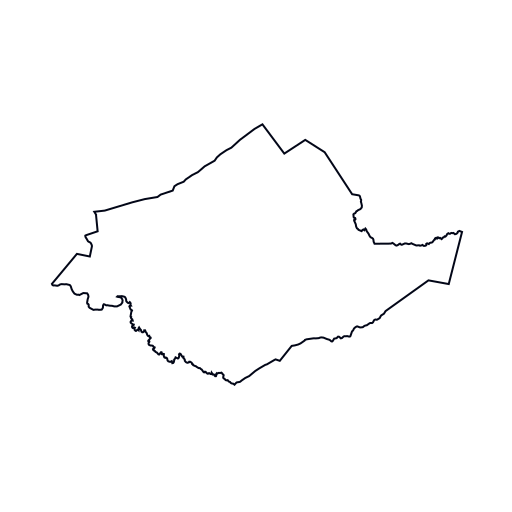 outline of District Autonome D'Abidjan, Lagunes, Ivory Coast, rotated 153°
{"feature_id": "98640826B76853064397847", "entity_name": "District Autonome D'Abidjan", "entity_type": "district", "adm_level": 2, "iso_a3": "CIV", "parent_name": "Ivory Coast", "parent_adm1": "Lagunes", "projection": "robinson", "projection_center": [-4.007, 5.412], "detail": "fine", "context": "isolated", "style": "outline", "palette": "ink", "viewbox_px": 512, "rotation_deg": 153, "n_neighbors": 0, "source": "geoboundaries", "source_scale": "gbopen_adm2", "svg_char_len": 6123}
<svg xmlns="http://www.w3.org/2000/svg" viewBox="0 0 512 512"><g transform="rotate(153 256 256)"><path d="M61.5,183.9L63.4,186.0L65.1,186.0L65.7,185.3L66.7,184.9L67.9,184.8L68.9,185.1L69.6,186.9L70.5,187.1L71.1,187.7L71.9,187.9L72.8,187.7L73.8,188.1L74.3,189.0L75.9,188.7L76.8,187.9L78.4,187.3L79.0,187.9L80.3,187.4L81.3,187.6L82.2,187.0L83.0,186.8L83.7,188.5L84.6,188.6L84.9,189.5L85.4,190.0L86.1,189.5L86.8,189.3L87.1,190.4L87.9,190.5L88.7,190.3L89.1,189.5L89.9,189.5L92.6,188.2L93.4,188.2L94.3,188.6L95.4,188.7L96.6,188.2L97.8,189.6L98.8,189.5L99.3,188.4L100.0,188.2L101.0,188.4L102.1,189.0L102.6,190.3L103.6,190.3L105.2,190.7L105.8,191.5L108.4,192.6L111.2,195.9L111.7,196.8L113.7,197.0L114.6,197.3L116.4,198.9L117.6,199.6L121.0,199.8L121.6,200.4L122.0,201.6L122.9,201.7L123.8,201.4L125.9,201.4L126.7,202.1L127.9,204.8L128.6,205.8L129.5,205.7L130.6,206.0L144.8,213.1L144.7,215.3L144.0,217.2L143.9,218.3L144.4,219.4L145.4,220.7L145.6,221.8L145.7,222.6L145.6,224.8L146.1,227.9L145.8,229.6L146.1,230.8L147.8,229.8L148.3,230.9L149.5,230.8L150.6,230.2L152.8,232.8L152.9,233.8L153.5,234.8L153.4,236.8L152.7,239.0L152.5,243.0L152.1,243.6L151.3,243.3L150.6,243.7L150.4,244.8L151.4,245.8L151.2,246.7L150.3,248.9L149.4,249.2L148.1,249.1L146.2,250.3L145.3,250.2L144.4,250.5L141.7,250.4L139.8,251.2L138.8,252.7L138.1,255.5L137.9,256.8L137.3,257.4L136.8,258.4L136.9,259.5L136.3,262.0L136.5,262.9L137.2,263.6L142.3,267.4L147.7,317.3L159.4,337.1L184.3,334.4L190.5,370.4L199.6,369.9L217.5,366.8L228.8,363.7L234.2,363.7L241.6,362.8L246.1,361.6L249.6,359.7L261.0,359.2L269.6,357.1L276.2,357.1L283.8,356.1L286.7,355.0L293.3,355.6L297.0,355.2L300.5,352.1L313.1,354.0L317.0,353.3L329.3,357.2L341.9,360.0L370.1,365.1L380.0,368.8L379.7,364.8L379.9,365.2L385.9,349.9L397.4,351.6L398.7,351.7L399.0,351.5L399.3,350.0L399.1,348.2L399.0,345.5L398.7,344.8L397.7,343.5L397.4,342.8L397.3,342.0L397.4,340.1L397.8,339.1L404.3,331.0L414.6,339.2L450.5,323.8L450.5,322.5L450.0,321.8L448.7,321.2L446.6,319.7L445.2,319.4L443.4,319.6L442.0,319.2L439.3,317.6L437.8,317.0L435.1,314.7L434.8,313.1L435.3,310.1L435.3,307.7L435.0,305.8L434.8,304.8L433.2,302.8L431.7,302.1L431.1,301.4L426.7,301.4L423.4,299.4L423.2,297.8L423.6,296.1L424.0,295.5L425.6,293.9L427.4,291.5L427.8,290.8L427.9,290.0L427.3,289.4L427.2,288.6L428.1,286.8L427.8,285.4L425.3,281.8L423.5,281.2L421.2,280.0L420.5,279.4L418.3,278.4L417.7,278.3L415.9,279.4L414.7,281.4L413.6,282.1L413.0,281.7L411.9,280.1L411.4,279.8L410.9,279.7L408.7,278.0L406.9,277.0L405.1,275.4L402.8,274.2L398.5,274.1L397.9,274.4L396.2,275.2L396.1,275.6L395.1,276.8L394.8,278.3L395.0,279.7L395.3,280.5L395.7,280.9L397.7,282.3L398.2,282.8L397.6,283.0L395.6,281.9L393.8,281.2L392.0,279.7L391.5,279.1L391.3,278.4L391.3,277.8L391.4,276.4L391.9,275.2L392.1,274.4L391.9,273.8L391.5,272.6L391.1,272.0L390.0,271.9L389.4,272.2L389.2,271.6L389.2,270.7L390.1,269.4L390.0,268.5L391.2,268.9L391.7,268.6L392.0,265.3L391.8,264.8L391.3,264.3L391.2,263.7L392.4,262.9L395.2,259.2L394.9,258.4L395.4,258.1L395.5,257.3L395.0,255.7L395.2,254.4L396.4,255.0L397.7,254.2L397.9,253.5L397.5,252.3L396.6,250.8L396.1,250.4L396.6,249.9L398.2,249.8L398.6,249.2L398.7,248.5L398.4,247.7L397.7,247.5L396.9,247.6L396.5,247.1L397.0,246.8L397.7,245.4L397.3,244.0L396.7,243.7L395.2,244.1L394.5,243.8L394.3,243.2L393.3,245.0L392.6,245.4L392.5,243.9L392.1,242.3L392.4,240.6L392.0,239.7L391.4,239.4L390.5,239.5L389.8,239.7L389.4,240.5L388.6,240.2L388.6,239.5L388.8,238.6L388.4,236.8L388.7,235.4L388.6,234.0L388.0,233.4L387.4,233.3L387.7,232.5L387.5,231.9L387.0,231.5L387.0,230.8L390.4,229.5L390.7,228.9L390.6,228.3L389.8,228.6L389.9,228.0L391.4,227.0L391.7,226.2L391.7,225.5L390.7,224.2L389.3,223.4L388.7,222.8L388.5,221.5L387.8,220.6L388.7,219.8L389.3,220.1L390.1,219.8L390.2,218.8L389.6,217.6L389.1,217.0L389.1,216.2L388.1,214.9L387.6,212.7L387.1,212.2L384.2,213.4L383.8,212.9L384.6,211.5L384.3,211.0L383.1,210.9L382.6,210.5L383.5,208.9L383.7,207.3L383.1,206.4L382.4,206.5L381.7,205.3L381.8,204.5L382.1,203.7L382.2,202.9L381.9,201.9L380.5,200.6L378.8,200.6L379.2,198.5L378.3,198.3L377.4,198.8L376.3,200.1L375.9,200.9L374.7,201.3L373.7,202.2L372.1,200.1L371.4,200.2L370.6,200.8L369.3,202.6L369.2,203.4L368.3,203.7L367.7,203.1L367.6,202.4L367.5,200.0L366.3,199.3L366.5,198.7L367.0,198.4L367.0,197.7L366.7,197.2L366.5,196.2L366.7,195.6L367.0,195.0L366.7,193.5L366.2,192.6L365.4,191.9L363.8,191.7L363.5,192.1L362.8,191.8L361.9,190.4L361.7,189.4L362.0,188.9L361.8,188.3L361.3,187.9L361.5,187.2L360.1,185.5L359.6,185.1L359.3,184.3L358.0,182.2L356.9,181.6L356.4,180.2L355.9,179.5L355.5,176.7L355.2,176.0L354.6,175.7L354.1,176.1L353.5,175.7L352.9,173.6L352.3,172.9L351.6,173.1L350.9,172.9L350.1,171.5L349.6,171.2L349.1,171.3L348.5,172.1L348.4,171.3L348.7,170.5L348.4,170.0L347.7,169.9L347.2,169.3L347.2,168.3L346.9,167.4L346.2,167.1L345.7,167.5L345.5,168.4L345.0,169.0L344.3,169.3L344.2,168.7L342.6,168.9L340.7,167.9L339.8,167.8L339.4,166.8L339.4,165.8L339.0,165.2L338.9,164.5L340.2,163.0L340.5,162.3L340.2,161.3L339.8,160.9L339.4,159.2L338.8,158.6L338.0,158.5L337.5,158.0L337.5,157.3L337.3,156.6L336.3,155.5L336.2,154.7L335.9,154.0L335.3,153.3L334.2,152.5L333.6,151.1L331.2,152.0L330.5,152.1L327.7,151.2L327.0,151.2L325.3,151.6L320.9,152.2L316.6,152.1L308.8,153.9L303.9,154.4L297.1,154.8L295.6,154.5L287.0,155.0L285.5,155.0L282.4,151.8L265.0,159.7L261.9,158.7L258.6,158.0L256.0,157.9L254.5,158.1L251.0,158.6L250.5,159.0L248.8,158.8L242.3,156.6L240.0,155.4L237.3,154.3L235.9,154.2L234.7,153.8L232.9,152.6L230.6,149.9L228.7,148.1L228.1,147.1L227.7,145.9L227.1,145.3L226.1,145.5L223.9,146.9L221.5,146.2L219.6,146.9L218.8,146.5L218.5,146.1L217.8,144.1L216.6,143.9L214.5,144.5L213.6,144.4L212.2,143.6L211.2,143.3L209.6,141.9L208.7,141.6L208.2,141.8L204.7,145.2L203.3,145.6L201.6,146.9L199.8,147.4L198.4,147.5L197.7,147.3L195.7,145.1L193.8,144.3L193.0,144.1L191.2,144.5L190.2,144.4L188.7,144.0L185.3,144.5L184.5,144.4L183.1,143.6L182.6,143.6L181.7,143.9L180.1,145.1L179.3,145.3L178.2,145.1L177.4,144.4L177.0,144.3L174.2,144.5L173.5,144.8L172.7,145.5L171.5,146.2L168.2,146.5L165.6,148.1L113.4,156.0L97.0,143.5L61.5,183.9Z" fill="none" stroke="#020617" stroke-width="2"/></g></svg>